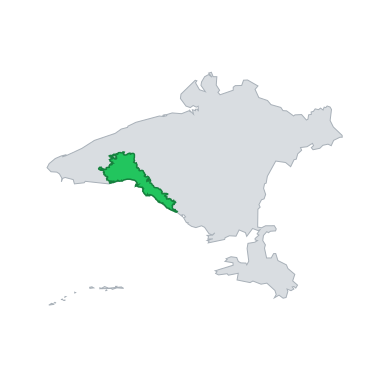 where Andhra Pradesh sits in India, rotated 83°
{"feature_id": "IND-2441", "entity_name": "Andhra Pradesh", "entity_type": "State", "adm_level": 1, "iso_a3": "IND", "parent_name": "India", "parent_adm1": "", "projection": "equal_earth", "projection_center": [79.939, 15.897], "detail": "fine", "context": "in_parent", "style": "filled", "palette": "green", "viewbox_px": 384, "rotation_deg": 83, "n_neighbors": 0, "source": "natural_earth", "source_scale": "10m", "svg_char_len": 9604}
<svg xmlns="http://www.w3.org/2000/svg" viewBox="0 0 384 384"><g transform="rotate(83 192 192)"><path d="M75.5,158.2L80.1,157.0L80.6,153.3L88.8,154.9L94.4,152.2L96.2,154.1L98.9,152.3L96.0,138.7L93.0,138.3L91.7,136.1L92.3,129.7L87.3,127.2L87.6,123.2L94.8,113.6L97.8,116.9L106.4,114.2L110.4,105.9L114.9,103.0L118.9,93.5L122.3,91.8L123.0,88.2L128.9,81.9L128.0,80.4L128.5,73.8L134.5,69.7L133.9,68.1L129.6,66.8L129.5,64.1L127.1,64.0L126.8,61.7L124.5,59.6L125.7,56.4L124.4,54.2L126.6,51.9L123.9,50.5L124.5,48.9L123.1,47.4L124.5,44.6L127.1,43.5L137.9,46.2L144.7,43.8L154.1,36.1L155.9,36.2L155.7,38.6L158.0,45.1L163.0,48.2L161.1,51.2L161.6,56.4L164.2,59.8L164.8,66.7L162.5,68.2L160.8,65.7L158.4,66.5L161.1,72.3L161.1,78.9L163.9,78.1L167.0,82.4L172.1,84.5L172.4,86.8L178.9,91.0L174.1,95.6L171.5,105.1L185.6,115.3L192.2,117.3L192.7,119.0L197.1,120.5L203.4,119.2L207.6,121.3L208.2,124.0L212.7,127.1L215.3,126.2L217.2,128.7L234.8,131.1L236.0,127.4L234.5,123.1L235.5,114.4L238.9,112.9L240.8,113.8L240.5,118.9L241.7,121.1L240.5,122.6L243.9,126.4L248.8,127.7L253.4,125.6L256.6,126.9L266.6,126.0L267.1,121.4L263.1,118.5L263.3,116.4L270.5,115.1L275.8,107.2L279.7,106.1L286.3,100.0L292.5,102.9L297.3,98.6L300.0,100.7L298.2,102.4L298.4,104.1L300.7,102.7L302.0,105.8L299.9,109.5L302.4,109.0L308.2,111.5L308.5,114.5L305.0,118.2L307.1,123.2L304.0,120.9L299.8,121.7L291.6,128.8L291.9,134.7L287.8,142.4L289.0,145.4L284.8,158.0L278.3,156.0L279.0,166.0L277.4,167.1L277.5,175.8L275.7,178.5L274.1,176.9L273.0,178.6L269.7,160.1L267.2,160.0L264.9,167.7L263.3,165.3L262.4,166.3L261.0,161.2L262.5,155.6L266.6,154.5L268.3,152.2L269.1,147.2L271.0,146.5L267.6,144.1L254.7,144.2L249.8,142.7L249.5,135.8L248.2,132.9L247.3,135.1L245.9,135.1L242.9,130.8L241.5,132.5L237.7,129.1L238.3,131.2L235.6,136.3L242.7,143.1L238.8,143.9L235.4,149.9L241.2,153.7L240.0,160.2L241.4,164.7L243.1,165.4L244.5,182.1L242.9,181.1L242.0,182.9L241.0,177.0L240.7,182.0L238.2,181.0L236.9,182.3L237.4,176.8L235.3,174.3L237.1,177.0L235.5,180.2L228.6,183.8L226.7,186.6L227.8,192.5L226.0,196.7L223.0,200.1L221.9,199.6L221.7,201.3L216.5,203.5L215.9,201.4L213.8,202.8L213.3,204.6L215.4,204.3L210.0,209.8L204.6,218.9L190.4,232.1L189.6,238.1L185.5,240.6L181.5,240.6L179.0,247.0L176.3,245.5L173.4,247.5L171.4,254.6L173.5,272.3L172.2,269.7L171.5,270.9L173.8,273.7L168.4,296.6L169.7,297.9L169.6,307.7L165.2,308.4L162.1,316.2L162.8,318.8L166.0,320.4L162.4,319.5L157.8,321.4L155.8,323.8L154.7,329.5L150.2,332.9L146.4,330.3L142.1,323.6L140.3,317.5L139.6,312.1L141.4,316.5L140.5,312.2L135.3,296.0L128.9,282.6L124.4,261.0L120.9,254.6L120.0,248.1L118.8,247.5L116.0,239.2L112.6,215.1L113.7,210.9L113.4,209.5L112.3,211.4L112.0,210.3L112.1,207.9L113.6,208.1L112.0,207.2L111.1,202.0L113.0,192.8L111.0,185.2L111.9,184.1L110.9,184.2L115.0,181.0L110.4,181.6L111.7,178.6L110.3,178.6L110.5,176.6L112.6,175.8L107.6,175.4L108.3,177.4L106.3,180.3L108.0,183.4L106.0,187.5L97.8,192.1L93.5,191.0L81.5,175.2L82.2,173.6L84.0,175.2L91.4,172.1L94.1,166.5L87.3,170.1L83.9,169.1L79.1,165.4L77.5,161.3L80.5,158.2L76.0,161.0L75.5,158.2ZM276.9,294.1L275.2,290.3L277.3,286.4L277.6,273.7L279.3,271.6L278.0,278.3L278.9,282.9L277.9,284.0L276.9,294.1ZM286.7,342.4L286.8,347.9L285.4,344.9L286.7,342.4ZM275.2,305.1L274.1,305.2L273.9,302.9L275.2,301.2L275.2,305.1ZM282.9,333.6L282.8,335.2L282.5,333.7L282.9,333.6ZM284.2,331.4L283.7,333.5L283.8,331.3L284.2,331.4ZM285.6,340.5L285.2,342.1L284.8,341.5L285.6,340.5ZM278.0,320.6L277.2,320.7L277.6,319.8L278.0,320.6ZM276.6,294.9L275.8,295.8L276.2,294.4L276.6,294.9ZM279.2,288.5L279.6,290.0L278.7,288.9L279.2,288.5ZM280.9,331.0L280.2,330.7L280.5,329.9L280.9,331.0ZM276.7,278.3L276.3,279.9L276.5,278.1L276.7,278.3Z" fill="#d9dde1" stroke="#a8b0b8" stroke-width="1"/><path d="M173.3,272.0L173.0,271.1L172.1,269.6L172.1,270.8L172.0,270.7L171.9,270.2L171.7,269.9L171.7,270.3L171.4,270.8L171.4,271.0L171.9,272.1L172.8,272.2L173.1,272.5L172.6,272.7L171.8,272.6L171.8,272.0L171.2,271.7L171.2,271.9L171.4,272.3L170.7,272.9L170.6,273.6L169.4,274.4L168.9,274.4L168.9,274.7L169.2,275.0L168.4,275.1L168.3,274.5L167.5,274.6L167.0,273.9L166.4,274.0L166.1,275.2L165.8,275.5L165.3,276.2L164.7,276.0L164.0,277.2L163.3,277.3L162.7,277.1L162.6,276.8L162.3,276.7L162.1,276.7L161.8,277.3L161.7,277.2L161.5,276.8L160.4,277.0L160.2,277.4L159.8,277.5L159.7,277.8L159.1,280.3L158.8,280.6L158.5,280.5L158.4,281.2L158.0,281.7L157.5,281.8L156.8,281.3L156.2,280.4L156.4,280.0L156.4,279.3L156.7,279.4L157.0,279.2L157.2,278.7L157.3,278.6L158.0,279.2L158.1,278.7L157.8,278.4L158.3,277.2L158.6,276.8L158.7,276.1L159.0,275.6L159.1,274.6L158.9,274.3L158.6,274.6L158.2,274.2L157.5,274.1L157.3,273.5L157.4,271.1L156.3,271.1L155.9,271.0L155.4,270.3L154.9,270.3L154.8,270.0L155.2,269.8L155.0,269.3L155.2,268.8L155.0,268.1L154.6,267.8L154.4,268.0L154.0,268.0L153.7,268.4L153.6,267.9L153.9,267.5L153.8,266.9L153.4,267.5L152.6,267.2L152.5,267.4L152.6,268.0L151.8,268.7L151.6,269.2L151.4,269.0L151.2,269.0L151.0,269.4L149.8,269.9L149.6,268.8L149.3,268.3L148.5,268.2L147.9,268.0L147.7,267.7L147.4,267.9L147.3,267.5L147.1,268.0L146.9,268.1L147.1,268.4L147.1,269.1L146.6,269.1L146.4,269.4L146.0,269.0L145.9,269.3L145.8,269.1L145.7,268.4L146.2,267.5L145.6,266.4L145.6,265.8L145.0,265.0L145.1,264.7L145.4,264.4L145.8,264.6L146.0,265.8L146.8,266.2L147.0,266.5L148.1,266.3L148.5,266.4L148.8,267.2L148.8,267.6L149.3,267.8L149.4,267.6L149.3,266.9L149.0,266.6L148.8,266.0L149.1,265.3L148.8,265.2L149.2,264.7L149.8,264.6L150.0,264.4L149.9,263.9L149.9,263.3L149.6,263.2L149.3,262.8L149.1,263.0L149.3,263.7L149.2,263.9L148.8,263.4L148.3,263.2L148.2,262.8L147.6,262.9L147.2,262.7L146.8,263.3L146.7,263.9L145.3,263.7L145.5,263.1L145.0,262.8L144.9,262.3L145.1,262.0L145.3,262.0L145.5,261.3L145.4,261.1L144.7,261.2L144.4,260.5L144.1,260.3L144.0,259.7L144.2,258.0L144.5,257.7L144.7,256.3L144.6,256.0L143.8,255.6L144.2,254.4L145.0,254.9L145.7,255.2L146.1,255.0L146.4,255.3L146.9,254.9L147.2,253.8L147.0,252.0L146.4,251.5L146.3,250.8L145.9,249.8L145.9,249.6L146.2,249.8L146.2,249.7L146.2,248.6L146.3,248.2L146.5,248.0L146.8,248.1L146.4,246.9L146.5,245.7L146.8,245.2L147.4,244.7L148.1,244.6L150.8,245.0L151.6,245.4L153.2,245.5L153.6,245.2L155.3,246.2L155.6,245.5L156.4,244.8L156.6,244.2L156.5,243.9L156.9,244.0L157.3,243.6L157.7,243.4L158.6,243.3L159.1,243.7L159.8,243.5L160.5,244.0L161.0,243.9L161.4,243.6L161.4,242.6L161.9,242.7L162.1,242.2L162.9,241.5L164.0,241.9L164.4,241.7L164.6,240.6L164.4,240.0L164.5,238.8L164.9,238.0L166.1,237.7L166.9,237.2L167.2,237.3L167.6,236.9L168.6,236.7L169.1,236.2L169.5,236.6L170.0,236.5L170.2,237.3L170.6,237.3L171.3,236.1L171.5,235.2L171.0,234.6L171.0,234.3L171.6,233.5L172.2,233.0L172.8,232.8L173.0,233.0L173.3,233.2L173.7,234.4L174.2,235.0L175.1,235.5L175.9,235.5L175.6,234.7L175.8,234.2L175.8,233.9L175.3,233.7L174.8,233.9L174.1,233.5L174.1,232.5L174.2,232.3L174.6,232.9L174.8,232.8L175.0,232.6L175.1,232.0L175.8,231.7L176.2,231.9L176.5,232.3L177.8,232.7L178.0,232.6L178.2,232.3L178.3,231.5L178.6,231.1L180.4,230.5L180.9,229.6L182.5,229.1L183.0,228.6L183.6,226.2L183.9,225.4L184.3,224.8L185.5,224.0L185.6,223.7L185.4,223.2L186.7,222.2L187.3,222.1L187.7,221.7L188.1,221.6L188.4,221.7L188.8,222.2L189.3,222.2L189.6,221.7L190.1,221.7L190.1,220.9L190.3,220.6L189.9,220.1L189.9,219.9L190.3,219.0L190.2,218.6L190.4,217.5L190.9,216.4L191.5,216.5L191.5,217.5L192.2,218.6L192.1,219.4L192.6,219.6L192.8,219.0L193.7,218.4L193.8,218.1L193.7,217.6L193.9,217.4L194.5,217.7L194.6,218.2L194.8,218.2L195.9,217.9L195.8,217.1L196.2,216.4L196.2,216.2L195.9,216.2L195.7,215.7L195.8,215.1L196.6,213.8L196.8,213.7L197.2,214.0L198.7,212.8L198.6,212.3L198.2,211.9L198.0,211.2L198.3,211.1L199.0,211.5L199.3,210.3L199.5,210.6L199.6,211.1L199.9,210.6L200.3,210.3L200.4,209.8L200.5,209.7L201.2,211.0L201.6,211.9L201.7,211.7L201.6,211.1L202.1,211.2L202.5,212.7L202.9,213.3L204.3,213.2L205.0,213.5L206.5,213.2L206.9,212.2L207.2,212.2L207.5,211.7L207.5,210.8L208.0,210.8L208.9,210.0L209.2,210.2L209.3,209.9L209.3,209.4L209.9,209.4L210.0,209.9L209.7,209.5L209.6,210.0L209.7,210.3L209.9,210.0L210.1,210.2L209.3,211.7L208.9,212.1L208.1,213.6L207.4,214.7L207.2,215.2L206.8,215.5L206.5,216.1L206.0,216.4L205.8,216.4L205.7,216.5L206.0,216.7L206.6,216.1L204.9,218.0L204.7,218.9L201.9,220.6L200.6,221.7L199.9,222.8L199.5,223.2L199.3,223.0L199.3,223.6L198.4,225.3L198.0,225.6L197.8,225.3L197.6,225.3L197.6,225.5L198.1,225.9L197.6,226.2L197.3,226.2L197.6,226.7L196.3,227.3L194.8,228.7L194.6,228.5L193.3,229.4L191.3,230.9L190.9,231.7L190.4,232.0L189.9,232.9L189.5,234.0L189.6,234.7L190.0,234.9L190.3,234.9L190.3,233.7L190.4,234.2L190.4,235.3L190.2,236.8L190.0,237.5L189.7,237.4L190.0,237.9L189.6,238.0L189.1,238.6L188.0,239.4L187.7,239.3L187.4,239.8L186.3,240.1L185.5,240.7L185.1,240.8L184.6,240.5L184.0,240.5L183.8,240.2L183.6,240.1L183.7,240.4L183.3,240.3L182.6,240.5L182.7,240.2L181.8,240.2L181.3,240.6L181.2,240.7L181.3,241.3L181.1,241.6L180.5,243.9L180.4,244.6L179.2,246.0L179.3,246.8L178.5,245.9L178.3,243.9L178.3,244.2L178.2,244.1L178.3,244.5L178.3,245.5L177.6,247.4L177.6,246.0L177.3,245.6L176.5,245.3L176.4,245.5L175.7,245.7L174.5,246.4L174.2,246.5L173.3,247.6L172.6,249.6L172.6,249.8L172.0,251.1L171.7,252.0L171.4,254.4L171.4,255.2L171.8,258.6L172.3,259.2L172.4,259.8L172.1,260.2L172.6,260.2L172.4,261.3L172.4,262.7L172.0,263.7L171.7,263.7L171.3,264.2L171.4,264.3L171.6,264.3L171.9,263.8L172.1,264.0L172.0,264.9L172.2,266.2L173.0,268.8L172.8,269.9L173.3,271.8L173.3,272.0ZM189.3,236.3L189.2,236.2L188.9,236.3L189.6,236.6L189.8,236.6L189.6,236.5L189.8,236.4L189.9,236.2L189.7,236.3L189.3,236.3ZM178.9,246.6L179.1,246.9L178.7,247.2L178.1,246.4L178.3,246.0L178.9,246.6Z" fill="#22c55e" stroke="#15803d" stroke-width="1.5"/></g></svg>